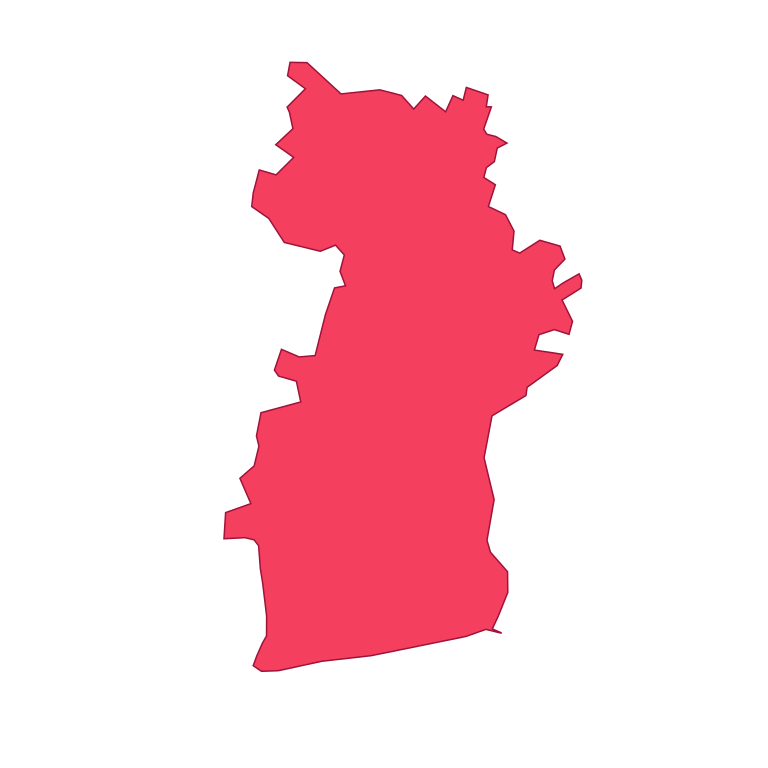 Urgut, Samarkand, Uzbekistan, rotated 103°
{"feature_id": "79887680B70899429425762", "entity_name": "Urgut", "entity_type": "district", "adm_level": 2, "iso_a3": "UZB", "parent_name": "Uzbekistan", "parent_adm1": "Samarkand", "projection": "equal_earth", "projection_center": [67.137, 39.37], "detail": "fine", "context": "isolated", "style": "filled", "palette": "rose", "viewbox_px": 768, "rotation_deg": 103, "n_neighbors": 0, "source": "geoboundaries", "source_scale": "gbopen_adm2", "svg_char_len": 1504}
<svg xmlns="http://www.w3.org/2000/svg" viewBox="0 0 768 768"><g transform="rotate(103 384 384)"><path d="M570.8,505.1L565.0,484.9L565.1,475.5L569.8,469.8L591.6,463.0L605.4,457.4L636.4,446.2L655.9,441.8L663.9,444.2L677.6,446.8L687.9,448.1L691.5,438.8L687.1,422.4L677.8,402.7L668.2,382.4L651.6,335.4L611.5,247.3L600.2,229.6L600.4,214.0L600.0,214.0L598.3,223.4L584.3,220.4L559.2,216.5L539.1,221.4L524.0,242.4L513.1,248.5L471.8,250.7L433.4,269.9L390.7,271.6L363.3,243.1L355.0,243.8L327.0,219.4L314.9,216.5L317.1,245.1L301.1,244.1L292.7,230.3L294.0,214.9L280.5,214.4L262.1,229.4L246.2,213.6L238.4,214.6L232.8,218.7L245.1,232.1L252.8,239.2L245.5,243.3L234.6,243.6L221.6,235.8L210.0,243.5L208.9,264.5L225.9,281.2L224.5,289.2L205.8,291.7L191.7,303.7L187.6,322.2L164.8,320.3L160.3,333.2L150.1,332.9L142.5,326.5L128.6,326.7L121.6,318.4L117.7,330.7L117.5,340.0L113.2,344.2L89.8,341.7L90.9,346.7L78.9,347.6L76.5,370.5L89.7,370.7L87.5,381.7L104.9,385.2L94.1,408.4L109.4,416.9L98.9,431.7L98.3,454.2L111.0,491.2L88.2,531.3L91.7,547.9L105.3,547.3L114.0,527.0L136.0,540.7L140.5,537.3L155.7,530.2L175.2,543.3L183.5,523.0L204.5,536.2L203.5,553.7L227.3,554.4L240.9,552.8L248.6,533.5L268.5,513.0L269.0,475.9L259.6,462.5L267.2,451.7L284.1,452.2L297.0,443.6L301.5,453.8L329.6,456.7L371.8,457.5L376.7,472.7L373.3,491.7L395.1,493.9L400.0,488.5L401.0,470.0L420.2,461.1L439.6,497.4L463.3,496.6L472.7,491.9L493.0,492.1L508.3,503.2L530.5,486.8L544.9,509.4L570.8,505.1Z" fill="#f43f5e" stroke="#9f1239" stroke-width="1.5"/></g></svg>